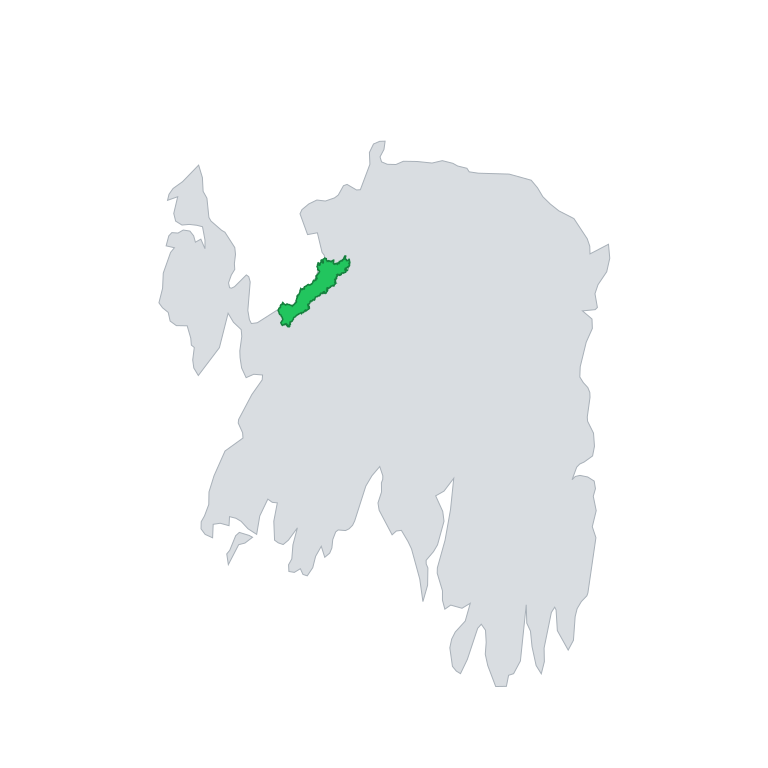 Cavan - Belturbet Lea-6, Cavan, Ireland shown in context, rotated 291°
{"feature_id": "5873133B49845781008100", "entity_name": "Cavan - Belturbet Lea-6", "entity_type": "district", "adm_level": 2, "iso_a3": "IRL", "parent_name": "Ireland", "parent_adm1": "Cavan", "projection": "equal_earth", "projection_center": [-7.632, 54.119], "detail": "fine", "context": "in_parent", "style": "filled", "palette": "green", "viewbox_px": 768, "rotation_deg": 291, "n_neighbors": 0, "source": "geoboundaries", "source_scale": "gbopen_adm2", "svg_char_len": 9690}
<svg xmlns="http://www.w3.org/2000/svg" viewBox="0 0 768 768"><g transform="rotate(291 384 384)"><path d="M494.0,152.1L476.8,160.8L474.1,164.1L469.3,177.3L468.7,181.1L457.9,195.8L451.8,198.9L442.7,201.2L437.5,203.6L431.0,202.4L422.7,202.6L418.6,205.3L418.8,207.3L421.3,209.6L436.5,216.4L435.7,219.3L431.3,222.5L403.9,230.5L395.8,235.3L392.9,238.5L395.8,243.8L417.6,259.9L421.4,261.6L424.6,270.9L443.9,274.8L451.8,280.7L458.6,282.1L473.5,281.6L479.4,283.8L482.8,282.1L484.7,279.0L501.3,267.6L496.1,259.1L512.8,244.6L517.4,244.9L525.2,249.3L531.7,255.4L533.8,263.7L540.0,271.1L544.0,273.6L554.6,275.1L557.1,278.0L555.3,288.8L556.9,292.3L584.1,292.1L594.9,287.4L604.3,288.2L609.0,293.0L611.1,298.0L603.0,299.9L594.6,298.9L590.5,302.1L590.3,308.4L593.2,316.5L598.9,322.3L603.6,335.2L607.5,349.7L613.4,358.4L614.7,369.2L613.9,374.6L615.1,384.1L612.6,387.5L614.6,396.5L624.8,425.6L627.0,448.4L622.2,457.0L615.8,465.1L611.6,474.7L608.3,485.2L606.5,502.0L592.4,521.7L586.4,526.7L579.3,529.7L594.9,543.5L582.3,549.7L568.6,551.7L553.4,548.2L543.9,548.6L531.9,555.8L529.1,554.5L523.4,543.1L519.2,554.9L510.5,558.6L495.5,557.8L470.4,561.0L460.7,564.3L456.7,569.6L453.7,575.6L449.8,579.2L445.4,581.1L426.0,585.6L422.2,587.4L413.2,597.2L401.3,602.8L391.6,604.5L382.9,598.8L379.4,595.4L375.4,593.7L362.0,593.9L366.2,595.7L368.9,599.7L370.2,607.5L368.7,615.0L362.1,618.9L354.2,619.6L341.8,627.5L325.4,629.6L316.5,636.9L262.1,649.2L259.0,649.3L251.6,646.2L243.5,644.8L235.4,645.8L212.6,652.7L201.6,651.3L215.9,634.2L234.8,625.6L236.8,623.3L230.7,622.1L194.8,628.1L182.3,633.2L169.8,634.7L175.7,626.9L191.9,616.3L205.8,609.3L211.9,603.0L228.9,595.9L174.3,610.6L160.0,608.8L156.7,604.7L145.6,606.6L141.6,596.7L158.3,581.8L168.0,575.4L179.4,572.0L190.5,567.0L194.6,560.9L189.5,559.0L156.7,560.5L141.0,559.2L141.9,554.4L144.9,549.1L161.3,540.0L170.1,538.6L178.0,539.4L191.8,544.8L210.2,543.1L202.6,537.2L201.5,525.5L195.6,521.5L203.2,516.0L211.9,512.7L226.4,501.5L231.5,499.7L260.0,497.0L290.6,491.1L321.0,482.9L305.5,478.4L298.1,472.3L286.1,484.5L277.4,489.2L253.0,491.6L245.3,490.3L234.5,486.5L231.1,487.9L228.0,490.9L211.8,496.8L194.8,498.3L214.7,487.3L239.9,468.8L245.5,462.9L253.6,452.7L251.2,448.2L246.1,445.6L264.4,424.7L270.8,421.0L282.3,420.4L290.8,417.0L294.5,417.0L297.9,415.8L305.4,409.6L294.0,405.6L282.2,403.6L245.6,405.7L240.8,405.3L236.3,403.3L233.4,400.6L231.3,393.5L228.6,391.9L220.4,391.9L212.2,394.1L206.6,393.9L201.0,390.8L210.0,383.6L198.6,381.9L187.0,383.3L177.4,381.1L177.2,376.6L181.6,372.1L176.0,367.8L174.9,362.4L181.0,359.7L187.7,360.6L201.3,356.6L218.7,354.7L203.9,350.7L198.0,347.4L197.8,342.2L199.0,337.8L216.4,330.3L234.8,327.0L233.5,322.1L234.9,316.8L216.3,315.3L198.0,319.0L200.1,308.9L204.6,299.8L205.6,293.8L204.8,287.3L196.2,290.1L195.3,281.0L191.8,274.8L179.0,279.1L179.5,270.9L183.2,265.1L189.9,262.7L196.5,263.7L208.7,263.6L220.5,259.3L237.5,258.2L264.5,259.6L283.0,271.7L287.8,269.5L295.3,261.9L298.8,261.0L326.8,264.4L344.2,268.8L348.9,267.4L346.4,258.9L340.5,253.0L348.0,245.3L357.2,240.1L363.3,237.5L377.4,234.2L383.6,231.2L387.7,221.3L394.2,213.1L358.9,217.3L325.4,207.6L330.8,200.7L337.9,196.8L350.1,193.8L351.3,190.2L357.5,187.2L367.8,179.4L364.1,169.2L366.1,161.8L373.5,156.9L375.8,149.9L379.1,144.8L394.0,143.0L408.4,138.2L430.4,137.6L436.1,139.5L434.9,131.1L445.2,130.0L449.3,131.7L451.1,137.6L455.8,141.4L457.2,148.0L454.1,153.2L448.8,157.1L453.6,161.1L446.1,168.4L454.2,165.3L465.8,158.2L465.1,152.3L463.2,145.0L460.0,138.4L461.4,131.1L467.9,126.6L484.9,124.3L477.9,116.1L484.1,115.3L490.9,117.0L500.8,123.5L521.9,132.5L511.6,140.5L499.0,146.1L494.0,152.1ZM194.3,312.3L193.8,316.2L185.7,311.2L181.9,305.9L159.6,303.4L169.0,298.1L173.5,299.6L189.2,299.9L193.6,302.1L194.3,312.3Z" fill="#d9dde1" stroke="#a8b0b8" stroke-width="1"/><path d="M480.3,284.3L480.4,283.6L479.8,283.4L478.5,282.4L477.8,282.5L477.3,282.8L476.7,283.4L476.0,283.5L475.6,283.9L475.3,283.9L475.1,283.6L475.2,283.2L475.4,282.9L476.5,281.9L477.5,281.5L477.5,281.3L477.2,281.0L476.3,281.0L475.6,281.7L475.2,281.6L474.4,281.1L472.2,281.6L471.7,281.1L473.2,280.1L473.5,279.4L473.6,279.1L473.4,279.0L472.5,279.2L471.5,279.2L471.1,279.6L469.8,279.3L468.8,280.2L468.6,280.6L467.0,281.1L467.2,281.6L467.1,282.0L466.6,282.1L466.5,282.6L466.6,283.0L465.8,283.6L465.1,283.5L464.4,283.5L464.0,283.1L463.2,283.1L462.5,282.6L461.4,282.6L461.1,282.5L461.0,282.1L460.4,281.8L460.1,282.2L459.4,282.5L459.6,282.8L459.4,283.0L458.4,282.7L458.4,283.0L458.6,283.1L458.3,283.7L457.1,282.9L456.3,283.1L456.2,282.5L455.9,282.2L455.3,282.1L455.3,281.5L455.4,281.1L454.8,281.1L454.4,280.9L453.4,281.2L451.4,280.7L451.5,280.5L451.2,280.2L449.8,279.4L449.8,278.4L449.6,278.3L449.8,277.7L449.5,277.5L449.4,277.2L447.5,276.3L447.6,276.1L446.7,275.5L446.4,275.0L445.5,274.7L444.7,275.5L444.1,275.5L444.0,274.9L443.8,274.7L443.8,274.0L443.6,273.9L443.2,273.9L443.4,273.4L442.8,273.1L443.0,273.0L442.8,272.5L443.1,272.1L442.8,272.1L442.4,272.5L441.4,272.0L440.4,272.6L440.0,272.4L439.0,272.6L438.2,272.4L437.3,272.5L436.7,272.4L436.3,271.7L435.6,271.7L434.7,272.0L434.0,272.0L434.1,271.7L433.6,272.0L433.3,271.9L432.7,271.8L432.5,272.0L430.2,272.1L429.3,272.9L426.3,271.7L423.8,270.5L424.5,269.9L424.2,269.5L424.0,269.0L424.2,267.1L423.8,265.9L423.9,265.6L424.0,264.8L423.5,264.8L423.3,264.5L422.6,264.0L422.8,263.8L422.6,263.5L422.7,262.9L422.9,262.4L422.6,262.2L422.8,261.7L422.9,261.0L423.5,260.9L423.8,260.3L422.5,260.1L421.8,260.5L421.4,260.1L421.4,259.8L421.0,259.3L419.5,259.2L419.0,259.8L418.4,259.9L418.0,259.8L417.6,259.0L416.8,258.8L416.3,258.9L414.6,258.8L413.4,260.2L412.5,260.7L412.2,261.2L411.7,261.5L411.5,262.0L411.5,263.0L410.3,264.0L410.2,264.4L409.6,265.2L408.9,265.6L408.3,266.3L407.6,266.4L404.2,265.7L403.3,266.7L403.2,267.0L402.8,267.2L402.7,267.8L402.4,267.9L402.3,268.1L403.3,268.8L403.3,269.2L403.7,269.4L403.6,269.6L403.8,270.0L404.4,270.0L404.7,270.3L404.6,270.7L405.0,270.9L404.8,271.1L405.0,271.1L405.1,271.3L405.0,271.8L404.8,272.2L404.3,272.4L404.3,272.5L403.7,272.6L403.1,273.4L403.1,273.7L403.7,273.9L403.4,274.2L403.5,274.6L403.4,274.8L403.8,274.9L403.7,275.1L404.0,275.3L404.8,275.0L404.8,274.7L405.2,274.6L405.4,274.7L405.3,274.4L406.0,274.6L406.1,274.9L406.3,274.7L407.1,274.7L407.2,274.3L408.1,274.1L408.2,274.3L408.6,274.5L408.7,275.0L409.6,275.4L409.6,275.6L409.9,275.8L411.4,275.9L412.1,276.2L412.8,275.9L413.8,275.9L414.8,277.0L415.3,277.3L416.7,277.6L417.1,278.2L417.8,278.3L418.3,279.2L419.1,279.3L419.5,280.1L420.9,281.0L420.3,281.8L420.9,281.8L421.6,282.3L421.5,282.7L421.6,282.9L422.3,283.4L422.8,283.4L423.9,283.6L424.9,284.1L425.0,284.3L424.1,284.9L425.4,285.7L427.3,286.6L427.1,286.9L428.1,287.2L429.1,286.6L429.3,286.5L428.9,286.3L428.8,285.9L429.0,285.9L429.0,285.6L430.1,285.2L430.1,284.8L430.6,284.4L431.1,284.4L431.2,284.8L431.7,284.9L431.9,285.5L432.2,285.6L433.8,285.7L434.6,285.4L434.8,285.7L435.4,285.8L435.5,286.1L435.3,286.4L436.0,286.4L435.8,286.5L436.0,287.4L436.6,287.6L437.3,287.4L437.5,287.6L437.4,287.8L437.6,288.2L437.5,289.0L438.2,289.1L438.8,288.8L440.1,289.0L440.6,288.8L441.3,289.6L441.7,290.5L442.9,291.0L443.1,291.6L443.0,291.8L443.2,292.1L443.5,292.3L444.2,292.2L444.3,292.5L444.6,292.7L445.3,292.3L445.6,292.7L446.2,292.6L446.6,293.7L446.5,294.5L447.2,294.9L447.7,294.2L448.4,294.5L448.7,295.0L448.4,295.0L448.1,295.4L447.7,295.5L447.5,295.8L447.4,296.5L447.9,296.6L448.1,297.3L448.6,297.2L450.4,297.8L451.2,297.8L451.3,297.4L451.0,296.9L451.3,296.7L451.6,297.0L452.4,297.2L452.8,297.6L452.8,297.3L453.1,296.5L453.1,296.4L453.4,296.5L453.6,296.7L453.5,297.0L453.7,297.9L454.2,298.3L454.8,298.6L454.8,299.0L455.0,299.3L456.5,299.5L456.5,299.8L456.8,300.3L457.3,300.8L457.5,300.8L457.4,301.8L457.8,302.2L458.1,301.9L458.7,301.9L459.2,302.3L460.0,302.6L460.6,302.2L461.0,302.8L461.3,301.8L462.0,302.2L462.3,301.8L462.2,301.6L463.7,301.5L463.6,300.7L463.9,300.5L464.4,300.7L464.7,301.5L465.6,301.9L466.1,301.8L466.2,301.2L467.3,301.2L467.6,301.3L467.9,301.7L468.5,301.6L468.9,301.9L469.0,301.6L468.9,301.0L469.0,300.8L469.9,301.5L469.8,302.0L469.7,302.5L470.2,302.9L470.3,303.6L469.6,303.7L469.7,303.9L470.0,304.1L470.9,304.9L471.7,304.4L472.4,304.7L472.7,305.4L472.7,305.6L473.4,306.0L473.5,306.3L473.2,306.7L473.9,307.1L474.5,308.1L475.5,307.9L475.9,308.2L476.2,308.2L476.5,308.8L477.2,309.2L477.3,309.2L477.1,308.5L476.5,307.9L476.9,307.4L476.7,307.2L476.5,306.5L477.0,306.5L477.5,306.9L477.5,306.6L477.8,306.4L478.2,306.4L478.8,307.3L479.7,307.8L479.6,308.5L479.8,308.4L480.1,308.6L480.5,308.3L480.9,308.8L481.0,309.1L481.7,309.0L481.8,309.3L482.2,309.4L482.6,309.0L483.9,308.9L484.1,308.5L484.0,308.1L484.5,308.1L484.9,308.5L485.2,308.5L485.2,308.1L486.0,308.0L486.0,307.8L486.2,307.6L487.2,307.4L487.4,307.2L487.8,306.9L487.9,306.7L487.3,306.6L486.5,306.1L485.9,305.4L485.8,304.9L486.2,304.8L486.2,304.6L486.6,304.3L486.5,304.1L486.7,303.8L486.7,303.2L487.2,303.2L487.4,303.0L487.5,302.7L487.2,302.4L487.7,302.6L488.7,302.5L488.9,302.6L489.0,302.2L489.7,302.2L489.6,301.7L489.1,301.5L487.0,301.4L486.0,301.7L485.6,301.0L485.1,300.8L484.8,301.0L484.5,300.6L484.1,300.7L484.1,300.4L483.7,300.2L483.8,299.7L482.8,299.3L482.4,298.4L481.4,298.5L481.3,298.9L481.1,299.0L480.7,298.9L481.1,298.5L480.4,297.5L479.9,297.7L479.8,297.9L479.0,297.6L479.1,297.4L479.8,297.3L479.8,296.9L479.5,296.6L479.5,296.2L479.1,296.2L478.8,296.0L478.9,295.7L478.7,295.2L477.9,294.7L478.0,294.2L478.5,293.9L478.5,293.5L478.7,293.3L479.7,293.3L480.0,293.2L480.1,292.9L481.1,292.9L481.6,292.6L480.4,291.3L479.4,291.2L479.1,290.3L479.3,289.6L479.5,289.4L478.8,288.7L479.3,288.4L479.3,288.1L478.2,287.1L478.7,286.9L478.8,286.2L479.0,286.1L479.2,285.6L480.3,285.2L480.2,284.8L480.3,284.6L480.2,284.4L480.3,284.3Z" fill="#22c55e" stroke="#15803d" stroke-width="1.5"/></g></svg>